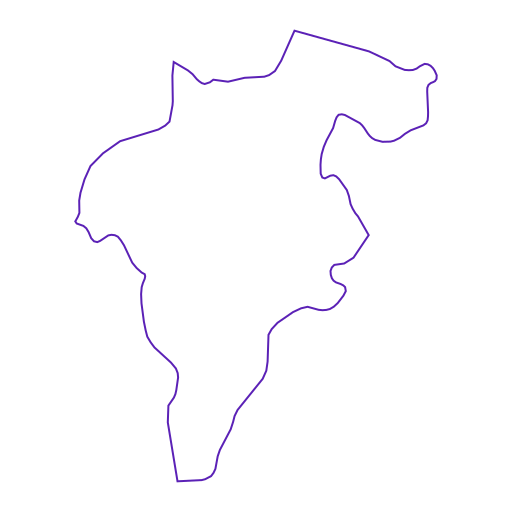 the County of Carlow
{"feature_id": "IRL-77", "entity_name": "Carlow", "entity_type": "County", "adm_level": 1, "iso_a3": "IRL", "parent_name": "Ireland", "parent_adm1": "", "projection": "orthographic", "projection_center": [-6.775, 52.691], "detail": "fine", "context": "isolated", "style": "outline", "palette": "violet", "viewbox_px": 512, "rotation_deg": 0, "n_neighbors": 0, "source": "natural_earth", "source_scale": "10m", "svg_char_len": 2186}
<svg xmlns="http://www.w3.org/2000/svg" viewBox="0 0 512 512"><path d="M228.0,81.7L244.6,77.8L264.3,76.7L269.1,75.1L275.0,71.0L281.2,60.7L294.5,30.7L369.0,51.4L389.6,61.1L395.5,66.3L404.7,69.9L408.8,70.2L412.8,70.0L416.6,68.6L419.8,66.3L424.6,63.9L427.8,64.3L430.6,65.8L433.0,68.2L434.7,70.8L436.7,75.3L436.5,78.9L435.0,81.1L433.4,82.0L430.7,83.1L428.5,84.9L427.3,87.8L427.2,91.6L428.1,112.2L428.0,116.4L427.6,120.3L426.1,123.3L423.4,125.4L410.7,130.3L405.0,133.8L400.0,137.8L394.1,140.7L390.5,141.6L382.5,141.8L375.2,139.9L372.1,138.1L369.8,136.0L367.8,133.5L364.2,128.0L362.1,125.3L359.8,123.1L344.9,115.0L341.8,114.3L338.6,114.8L336.6,117.3L335.2,120.8L333.1,128.1L326.6,140.2L323.8,146.8L321.7,154.0L320.9,159.2L320.5,164.8L320.7,173.7L322.3,177.5L324.9,178.4L330.3,175.7L333.4,175.2L336.2,176.4L339.1,179.2L346.8,190.0L348.9,196.0L350.6,204.2L352.6,208.6L355.4,213.3L358.0,216.4L368.7,235.1L353.5,257.7L344.2,263.5L334.3,264.9L331.8,267.5L330.5,271.0L330.8,274.9L331.9,278.3L333.6,280.7L336.0,282.4L340.6,284.0L343.3,285.4L345.1,287.1L345.8,291.1L343.4,295.7L337.7,303.1L333.8,306.7L329.9,309.0L326.4,309.9L322.6,310.2L318.6,309.8L307.6,306.8L301.1,308.3L293.0,312.1L277.5,322.8L271.7,329.1L268.5,334.8L267.6,361.6L266.3,370.7L262.7,378.8L237.6,409.9L234.6,416.0L233.1,421.9L230.7,429.3L219.9,449.9L217.7,456.3L215.4,468.9L213.5,472.9L211.1,476.1L205.2,479.2L201.7,480.1L177.5,481.3L167.8,422.4L168.4,405.6L173.9,397.6L175.4,394.1L176.3,390.1L178.1,377.5L177.7,373.1L175.9,368.5L171.0,362.6L154.5,347.5L150.7,342.4L147.3,336.7L145.7,330.5L143.9,321.7L141.5,303.4L141.1,294.1L141.7,287.1L142.9,283.1L144.7,278.8L145.2,276.2L144.7,274.2L141.6,272.5L136.7,268.1L132.4,262.9L131.8,261.8L124.0,245.3L120.9,240.4L117.9,236.7L114.8,235.2L111.4,234.8L108.3,235.4L100.1,240.9L97.3,242.1L94.0,241.3L91.2,238.2L88.6,232.1L86.3,228.3L83.4,225.9L76.7,223.5L75.3,221.4L77.8,216.9L79.4,212.9L79.2,200.5L80.5,192.7L84.5,179.4L90.5,166.0L103.0,153.3L120.1,141.2L158.4,129.5L165.2,125.6L169.5,121.6L172.5,105.3L172.8,101.3L172.4,75.5L173.7,62.0L187.9,70.4L192.6,74.2L196.8,79.2L199.2,81.3L201.8,83.1L204.7,84.0L209.9,82.3L213.3,79.7L228.0,81.7Z" fill="none" stroke="#5b21b6" stroke-width="2"/></svg>